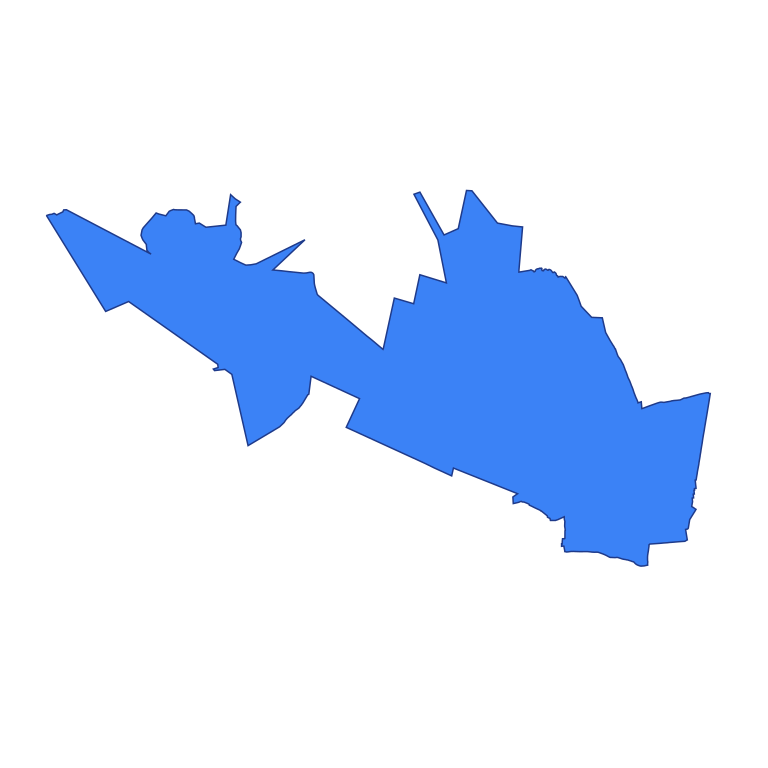 outline of Soledad de Graciano Sánchez, San Luis Potosí, Mexico, rotated 266°
{"feature_id": "50627088B59351760341300", "entity_name": "Soledad de Graciano Sánchez", "entity_type": "district", "adm_level": 2, "iso_a3": "MEX", "parent_name": "Mexico", "parent_adm1": "San Luis Potosí", "projection": "mercator", "projection_center": [-100.889, 22.295], "detail": "fine", "context": "isolated", "style": "filled", "palette": "blue", "viewbox_px": 768, "rotation_deg": 266, "n_neighbors": 0, "source": "geoboundaries", "source_scale": "gbopen_adm2", "svg_char_len": 6075}
<svg xmlns="http://www.w3.org/2000/svg" viewBox="0 0 768 768"><g transform="rotate(266 384 384)"><path d="M575.3,59.2L475.8,111.4L484.1,135.0L478.4,142.0L415.3,219.5L412.0,219.7L410.8,214.8L409.2,215.9L409.7,226.3L404.2,232.9L332.0,244.1L348.6,276.9L352.5,281.6L353.9,282.7L354.5,283.1L356.4,284.9L356.9,285.5L358.9,288.0L359.8,289.3L361.5,291.1L362.3,292.2L363.6,293.6L365.9,297.4L368.3,299.6L368.7,300.1L369.3,300.5L370.7,301.7L371.7,302.4L378.6,307.2L378.8,307.8L379.1,308.3L396.8,311.8L371.1,358.6L343.4,343.3L301.8,419.6L296.8,428.2L287.6,445.1L295.3,447.4L265.7,508.7L265.2,509.6L264.5,508.3L262.3,504.7L255.7,504.6L256.2,507.9L256.6,510.2L257.2,511.8L257.3,512.9L256.7,513.6L256.6,514.5L256.4,515.6L254.7,519.1L253.8,520.5L253.0,520.5L252.0,522.4L250.4,525.1L248.6,528.3L247.3,530.7L246.3,531.8L246.4,532.0L241.1,537.7L239.7,537.8L238.3,540.2L236.3,540.5L235.9,545.3L236.6,548.1L236.9,548.9L239.0,554.5L238.0,554.5L237.2,554.4L236.8,554.4L233.8,554.9L233.4,554.7L229.6,554.3L227.5,554.5L225.2,554.6L225.0,554.3L217.5,553.7L217.1,553.4L217.2,551.3L214.8,550.9L213.3,550.7L212.1,550.6L212.2,550.0L209.7,549.8L209.8,551.0L209.7,552.1L206.4,552.5L205.4,552.6L204.4,552.8L204.2,552.7L203.7,554.4L203.7,556.1L203.8,557.1L203.8,557.5L203.9,559.1L203.8,560.4L203.8,561.3L203.7,562.0L203.6,562.8L203.1,567.6L202.9,571.0L202.9,571.4L202.6,575.4L202.2,577.8L201.8,579.8L201.6,581.6L201.5,582.2L201.5,582.8L201.4,584.8L201.3,585.2L201.3,585.5L201.1,586.2L200.4,587.8L199.9,588.9L199.2,590.5L198.3,592.3L197.4,593.9L196.3,595.6L195.4,597.1L195.2,597.8L195.1,598.9L194.7,602.4L194.7,602.9L194.8,604.0L194.7,604.3L194.7,604.7L194.6,605.2L193.3,608.4L192.8,609.6L192.4,611.0L192.2,611.9L191.9,613.2L191.6,614.0L191.5,614.8L191.2,615.5L190.9,616.2L190.4,617.5L189.9,618.7L189.8,618.8L189.5,619.5L189.2,620.6L188.1,621.5L187.5,622.0L186.8,622.7L186.1,623.6L185.6,624.5L185.4,624.9L184.7,626.5L184.4,627.7L184.4,630.8L184.7,632.8L184.9,634.4L186.1,634.4L187.4,634.6L188.0,634.7L188.4,634.7L189.7,634.6L192.9,634.8L194.4,635.0L195.4,635.2L197.2,635.6L199.2,636.1L200.3,636.3L204.1,637.1L204.5,637.1L204.8,637.0L205.2,637.3L205.5,637.6L205.7,637.9L205.8,638.1L205.8,641.3L205.8,643.8L205.8,648.3L205.9,652.0L205.9,654.9L205.9,656.3L206.0,657.1L206.0,659.9L206.1,667.4L206.1,668.4L206.1,673.2L206.6,674.1L206.8,674.6L207.1,675.0L207.3,675.7L208.2,675.6L217.9,674.7L218.1,676.2L218.1,676.5L218.3,676.9L218.7,677.3L219.0,677.5L219.8,677.7L223.6,678.6L227.4,679.5L229.6,681.1L229.8,681.2L231.0,682.1L232.1,682.9L232.8,683.4L233.6,684.0L234.1,684.3L234.8,684.9L237.2,686.5L238.1,685.2L239.0,684.3L239.3,683.8L240.3,682.4L244.0,683.3L244.9,683.6L248.7,683.5L248.8,684.9L252.5,684.8L252.6,685.9L256.3,685.8L256.4,686.4L258.0,686.4L258.1,688.0L259.8,688.0L261.4,687.9L264.8,687.8L266.4,687.7L266.5,688.7L267.9,689.0L269.7,689.4L270.9,689.7L272.5,690.1L274.9,690.6L276.4,691.0L278.3,691.5L281.0,692.2L281.3,692.3L283.8,692.8L290.0,694.3L290.8,694.4L291.9,694.7L292.4,694.8L293.1,695.0L295.3,695.5L296.4,695.7L296.8,695.8L297.6,696.0L298.4,696.2L298.5,696.2L303.0,697.3L303.5,697.4L304.9,697.7L307.2,698.2L311.0,699.1L315.7,700.3L317.6,700.7L319.3,701.1L322.5,701.9L323.9,702.2L328.7,703.4L343.4,706.9L351.7,708.8L351.7,708.1L352.1,707.4L352.7,707.0L352.7,704.7L351.9,698.5L349.0,684.3L349.0,682.2L347.5,678.6L347.4,677.7L347.3,675.0L347.3,672.0L347.2,671.1L347.1,669.7L346.8,668.6L346.4,664.5L346.2,662.8L346.1,662.0L346.4,660.4L346.6,658.9L346.5,657.9L346.0,655.6L345.4,653.4L343.6,647.0L341.7,640.6L341.5,639.5L348.3,639.4L347.5,636.1L347.8,636.1L350.2,635.4L353.1,634.3L358.3,632.7L360.9,632.1L363.6,631.3L364.9,630.8L366.3,630.4L368.7,629.7L370.2,629.2L371.9,628.5L373.4,627.9L374.4,627.6L375.4,627.4L378.9,626.4L381.5,625.5L382.8,625.2L384.7,624.6L386.5,624.1L388.4,623.2L390.1,622.4L391.7,621.7L393.6,620.5L395.1,619.5L397.2,618.8L402.8,617.3L402.8,617.0L405.5,615.9L406.8,615.1L411.8,612.5L419.9,608.7L432.1,606.8L434.8,606.4L436.0,595.8L447.8,586.1L453.6,584.5L459.0,582.9L478.1,572.9L478.3,572.7L478.0,572.5L477.0,571.9L478.8,569.8L478.8,568.7L479.0,568.2L479.0,567.0L478.9,566.3L478.6,565.4L478.6,565.1L479.6,564.8L479.9,564.5L480.0,564.2L480.2,563.8L481.1,563.6L482.3,563.3L483.3,562.5L483.9,561.6L483.4,560.9L483.4,560.2L484.0,559.7L485.0,559.1L485.9,558.4L486.5,557.5L486.8,556.6L486.4,556.0L486.0,555.6L486.2,555.0L486.8,554.4L487.3,553.5L487.4,552.7L487.1,552.2L486.9,551.8L486.5,551.3L486.0,551.2L485.8,550.8L485.9,550.5L486.1,549.7L486.5,549.5L487.1,549.3L487.8,549.6L488.3,549.5L488.6,549.1L488.5,548.4L488.6,547.9L488.6,547.0L488.1,545.9L488.2,545.1L487.8,544.0L486.8,542.9L485.8,542.6L485.4,541.5L485.9,541.1L486.5,540.7L486.8,539.9L487.4,539.1L487.7,538.6L487.2,537.3L486.2,526.4L487.8,526.5L531.0,533.2L532.8,523.0L536.6,508.4L570.6,485.2L571.3,479.8L533.8,468.9L528.5,454.3L572.9,433.2L571.2,427.1L523.9,447.8L480.5,453.3L490.5,427.4L462.0,419.2L469.0,400.3L419.4,385.8L418.6,385.4L429.0,374.7L433.1,370.2L442.0,361.0L450.9,351.8L476.6,324.9L477.3,324.2L478.3,323.6L484.6,322.2L487.4,321.7L489.4,321.5L496.0,321.6L497.9,321.6L499.2,321.0L500.1,320.0L500.5,319.1L500.6,317.6L500.4,315.9L500.2,314.4L500.2,312.3L500.2,311.6L501.4,304.7L502.7,297.1L504.1,289.6L505.5,281.1L533.4,315.2L512.8,264.9L512.2,259.3L512.2,254.5L515.1,249.2L518.9,242.8L524.6,246.2L528.9,249.1L533.0,250.9L535.2,251.8L537.3,251.0L537.6,251.0L538.8,250.9L540.8,251.7L544.9,252.0L547.8,251.5L550.8,249.4L552.0,248.6L553.1,247.5L553.2,247.4L556.6,247.3L562.7,247.8L567.5,248.3L571.5,248.8L574.6,252.4L575.4,253.4L579.1,248.5L583.6,244.2L553.5,237.3L552.9,220.5L552.8,217.3L557.4,211.0L557.0,207.1L563.0,206.4L563.5,206.5L565.4,206.0L567.2,204.4L569.9,201.8L571.4,199.2L572.1,190.2L572.4,187.5L572.8,186.2L571.9,183.3L571.3,181.8L567.0,178.1L568.0,175.1L569.3,171.2L570.5,168.6L565.7,164.0L556.7,154.8L555.5,154.0L554.6,153.4L549.3,152.0L546.5,152.8L544.6,153.5L539.7,156.7L538.8,156.6L534.0,156.8L531.7,158.5L529.8,160.7L580.0,79.3L580.0,76.6L578.1,75.6L576.2,70.8L575.5,69.4L577.2,66.9L577.1,66.2L576.5,64.7L576.4,62.2L575.7,59.4L575.3,59.2Z" fill="#3b82f6" stroke="#1e3a8a" stroke-width="1.5"/></g></svg>